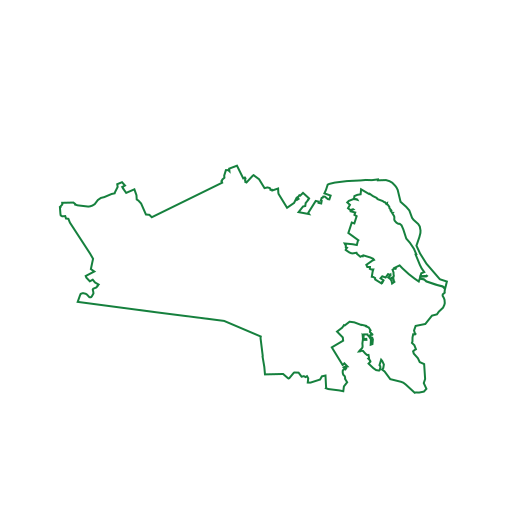 Tīnūžu pag., Ikskiles, Latvia, rotated 197°
{"feature_id": "27541924B46293961253213", "entity_name": "Tīnūžu pag.", "entity_type": "district", "adm_level": 2, "iso_a3": "LVA", "parent_name": "Latvia", "parent_adm1": "Ikskiles", "projection": "mercator", "projection_center": [24.551, 56.857], "detail": "fine", "context": "isolated", "style": "outline", "palette": "green", "viewbox_px": 512, "rotation_deg": 197, "n_neighbors": 0, "source": "geoboundaries", "source_scale": "gbopen_adm2", "svg_char_len": 6068}
<svg xmlns="http://www.w3.org/2000/svg" viewBox="0 0 512 512"><g transform="rotate(197 256 256)"><path d="M446.3,253.7L456.9,250.2L456.3,248.6L457.5,246.1L457.3,245.6L457.8,245.4L455.3,239.0L454.6,237.7L452.9,237.3L450.1,238.4L448.7,236.3L446.3,236.7L443.7,233.5L415.4,209.8L411.0,205.7L410.1,195.2L406.1,193.9L413.0,187.1L411.9,185.7L407.5,183.2L405.2,185.6L402.2,183.6L398.2,182.7L398.8,181.4L398.6,181.3L398.8,180.7L399.5,179.2L402.0,177.2L402.2,176.7L402.3,176.1L401.0,173.9L400.5,172.6L401.2,169.4L401.6,168.5L402.5,168.0L403.3,167.9L406.4,169.7L407.8,170.1L410.6,169.9L411.7,169.2L412.6,168.5L412.8,166.8L413.1,160.0L336.2,172.8L267.5,184.6L227.9,180.4L227.7,178.9L220.3,162.3L220.4,161.9L215.6,152.3L212.8,145.4L195.6,151.1L189.7,148.5L189.0,148.4L188.4,149.0L185.7,155.4L185.3,155.8L181.2,156.9L177.1,153.9L175.1,155.1L173.2,154.7L172.1,156.0L170.3,154.3L169.5,150.1L168.3,150.4L166.8,150.9L158.6,156.6L157.8,160.2L154.6,162.0L150.4,150.4L150.5,150.0L148.0,149.9L137.1,151.8L133.0,152.2L133.8,157.0L131.9,161.9L135.0,164.6L135.0,165.3L135.9,166.9L137.9,168.0L138.9,169.6L139.5,171.5L139.2,172.9L138.7,173.6L137.4,173.6L137.0,174.9L139.5,175.2L139.2,175.7L136.3,177.1L140.1,179.2L140.8,177.8L141.3,177.1L156.8,190.8L147.9,200.5L149.2,203.5L156.4,207.4L152.6,212.7L151.9,214.8L151.3,215.3L151.4,215.6L150.8,215.6L147.3,220.5L142.6,221.3L135.1,220.8L134.9,221.1L130.3,221.4L130.3,220.9L127.3,220.6L124.7,218.4L125.1,217.6L124.8,216.6L121.8,215.1L121.7,214.9L122.0,214.5L123.4,214.4L123.6,213.8L123.4,213.4L123.9,212.5L122.5,211.9L121.1,211.9L120.9,211.8L120.8,211.2L119.9,210.6L118.9,205.8L120.4,204.7L121.7,209.8L124.3,212.1L126.4,213.2L126.6,213.6L130.0,212.5L129.7,211.1L130.9,211.6L129.7,208.6L127.5,208.5L126.3,209.0L125.9,208.1L129.3,207.0L128.7,203.5L127.7,200.9L127.5,199.8L127.7,198.7L129.2,195.9L129.6,194.8L128.6,195.2L127.5,196.2L125.9,196.5L123.0,194.7L120.9,193.8L119.5,194.3L118.0,191.3L118.6,190.7L116.3,189.4L116.3,189.0L115.7,188.4L116.9,186.0L111.1,183.1L107.8,182.0L104.8,182.4L104.4,183.0L104.5,186.0L105.1,187.1L106.0,187.7L106.0,193.4L104.6,192.5L102.0,189.6L101.5,186.0L102.3,184.3L99.3,183.2L91.6,177.5L80.5,178.1L78.0,177.9L75.3,176.9L64.2,171.6L63.4,172.2L60.1,173.1L55.8,175.4L54.2,178.8L58.4,183.5L58.3,187.8L63.6,201.8L68.4,202.4L71.3,205.6L76.6,208.8L77.9,210.8L76.9,212.4L75.8,213.6L78.5,217.0L81.5,218.5L81.4,220.0L82.5,223.8L82.8,227.1L81.1,227.4L80.7,228.1L81.6,228.7L83.1,231.0L82.9,235.8L74.2,240.5L70.3,250.4L65.9,253.1L64.9,256.2L62.0,261.3L61.6,264.4L61.7,266.1L62.9,269.2L64.1,270.8L65.9,272.5L66.2,273.9L64.8,276.1L65.2,277.0L65.7,279.8L68.5,281.3L76.1,281.1L85.7,281.4L87.8,282.5L89.4,282.6L92.8,282.1L92.9,279.2L97.6,280.7L104.5,283.3L112.3,287.0L115.9,289.0L119.9,285.3L118.7,284.9L118.7,284.6L119.1,284.4L119.8,284.8L121.4,282.8L119.7,280.5L119.1,278.7L118.4,277.3L118.4,276.2L120.0,274.7L119.8,274.5L118.4,275.9L118.3,275.0L118.0,274.5L118.1,274.3L117.6,273.7L117.8,273.5L116.1,271.7L117.8,269.5L119.1,271.8L120.7,273.2L123.2,274.1L121.7,276.9L122.0,277.6L122.6,276.7L123.6,277.3L124.4,277.3L125.8,273.3L129.3,273.5L130.4,271.1L126.9,270.0L127.4,267.4L127.9,267.6L128.1,266.5L135.2,268.4L135.6,269.7L137.6,270.2L139.2,270.0L139.9,275.2L139.9,276.9L140.3,276.9L140.2,277.3L141.8,276.8L143.4,277.0L143.8,278.8L146.3,278.0L147.9,279.8L143.4,285.6L142.0,286.8L143.1,287.6L146.2,288.0L153.6,288.0L153.8,286.9L154.8,286.9L156.0,285.8L160.1,287.6L160.8,288.5L164.4,286.7L165.9,286.5L167.8,286.7L172.0,288.0L172.0,288.8L171.4,290.5L172.7,290.6L173.3,292.8L173.9,292.9L174.9,293.9L167.1,295.5L162.8,296.0L163.0,300.1L162.7,301.0L174.4,305.0L174.2,316.0L171.5,315.9L171.4,323.5L173.9,324.1L173.8,326.6L178.6,326.4L178.9,327.4L176.6,329.0L176.9,329.1L179.1,327.5L182.0,328.6L181.1,332.4L184.4,333.9L183.4,335.8L179.5,338.9L177.0,339.4L175.5,339.4L175.7,339.6L177.0,339.7L179.5,339.1L179.1,339.8L179.4,342.1L177.0,344.1L174.0,345.6L175.0,350.5L165.9,348.3L165.6,348.8L161.8,347.5L157.5,346.8L157.1,346.3L155.9,345.9L151.0,345.6L149.1,345.0L148.2,345.1L146.7,343.9L146.1,344.7L145.9,343.7L144.9,343.5L142.9,342.0L142.4,340.8L140.0,339.2L140.4,338.6L138.4,337.1L138.0,337.2L138.2,336.8L135.6,334.5L135.1,333.7L134.4,331.2L133.7,330.3L131.4,328.9L129.3,328.4L128.0,328.8L125.8,327.9L122.9,324.5L117.4,316.6L112.6,313.6L107.1,309.1L103.2,304.5L103.8,304.1L96.6,295.3L94.0,292.6L90.4,289.8L92.9,287.8L92.9,284.8L87.6,286.6L87.2,287.1L86.7,286.9L87.1,286.3L91.8,284.6L93.0,284.4L92.7,282.3L88.8,282.9L85.6,281.6L73.9,281.3L68.8,281.6L67.7,281.3L65.6,280.0L66.0,287.4L73.2,287.5L74.0,287.9L90.8,298.5L99.9,306.4L105.6,312.8L105.3,321.8L105.5,326.0L106.1,328.4L108.0,332.1L110.2,334.0L116.0,336.7L117.9,338.1L122.7,344.4L126.7,346.9L133.6,350.1L139.8,360.6L141.7,362.6L143.5,363.9L147.1,365.9L150.2,366.6L153.9,366.6L161.6,364.0L161.8,364.9L167.4,362.4L173.3,360.8L177.9,358.9L191.0,354.2L202.2,349.2L207.1,346.3L208.3,345.2L208.4,339.8L208.9,335.9L202.3,335.6L202.4,331.6L203.9,331.4L207.5,332.9L209.1,332.5L209.2,331.4L210.2,330.8L210.2,327.9L209.3,327.9L209.0,325.3L211.7,325.1L211.9,326.3L215.0,326.1L218.7,312.4L217.6,311.6L228.1,310.4L225.5,317.1L223.5,318.2L224.0,321.1L222.4,325.1L222.6,325.2L222.1,326.6L229.5,330.1L231.4,326.6L232.3,326.8L232.8,325.3L233.6,324.3L232.0,323.1L233.1,321.8L233.8,322.8L234.3,322.9L235.1,317.9L240.4,311.2L252.5,321.9L253.1,322.9L254.6,327.0L259.6,323.4L260.0,324.0L261.5,323.5L262.2,324.7L262.9,325.0L265.1,324.9L267.7,323.4L275.5,330.3L282.0,332.6L282.6,331.8L286.6,323.5L287.9,323.7L288.1,324.8L288.7,325.3L288.7,327.1L289.6,327.8L290.9,326.5L300.6,336.8L307.2,331.7L306.2,329.3L307.6,330.0L309.9,329.3L309.9,323.6L309.1,321.6L310.6,319.2L310.5,317.8L310.9,317.4L309.8,316.2L367.0,262.6L370.0,264.2L373.4,263.5L381.2,272.6L384.6,274.6L386.6,275.2L388.1,279.2L391.8,284.2L398.6,278.4L402.9,281.7L402.8,281.9L404.1,282.9L401.9,285.1L405.7,287.4L409.7,284.1L408.5,281.6L409.5,275.8L409.5,274.6L412.2,273.1L418.4,267.9L421.3,266.2L423.6,263.3L425.4,258.4L427.3,256.3L429.3,254.9L430.9,254.2L441.4,252.3L444.0,252.3L444.1,252.9L446.3,253.7Z" fill="none" stroke="#15803d" stroke-width="2"/></g></svg>